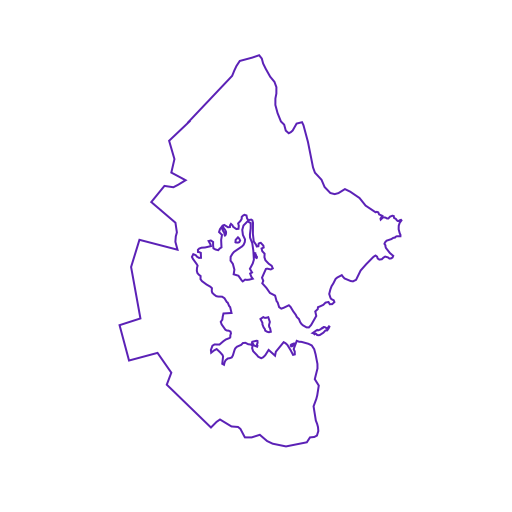 Sandakan, Sabah, Malaysia, rotated 75°
{"feature_id": "92858781B38281907433738", "entity_name": "Sandakan", "entity_type": "district", "adm_level": 2, "iso_a3": "MYS", "parent_name": "Malaysia", "parent_adm1": "Sabah", "projection": "albers", "projection_center": [118.031, 5.791], "detail": "fine", "context": "isolated", "style": "outline", "palette": "violet", "viewbox_px": 512, "rotation_deg": 75, "n_neighbors": 0, "source": "geoboundaries", "source_scale": "gbopen_adm2", "svg_char_len": 6161}
<svg xmlns="http://www.w3.org/2000/svg" viewBox="0 0 512 512"><g transform="rotate(75 256 256)"><path d="M449.1,255.1L445.2,250.8L445.9,246.5L445.2,243.6L441.2,241.1L437.3,240.4L434.0,240.4L430.4,240.8L416.1,239.3L409.6,234.7L406.4,232.9L397.4,228.9L390.2,231.1L380.5,225.7L376.2,224.6L366.5,223.9L361.1,223.9L356.8,225.3L354.3,228.2L350.7,234.3L350.0,236.5L348.5,238.6L355.7,243.7L358.2,243.3L361.1,244.0L361.1,245.8L356.1,246.9L350.0,248.7L347.8,250.1L346.4,251.6L353.6,261.6L357.2,263.4L350.0,268.1L354.3,272.8L355.7,275.3L356.1,277.4L353.9,279.9L352.1,280.7L347.2,283.4L344.0,283.6L341.7,282.5L340.1,284.1L339.2,286.4L337.1,288.7L336.7,291.2L338.0,293.3L338.7,297.9L339.9,300.0L341.3,301.1L346.1,304.1L347.7,305.7L347.9,307.8L347.7,309.8L348.9,312.4L350.5,313.8L352.8,315.1L351.4,316.5L344.5,313.8L342.9,314.0L339.7,315.6L335.7,318.1L336.4,321.1L337.8,324.3L335.1,323.9L331.4,321.3L330.7,319.0L332.1,314.2L329.8,309.4L328.8,306.6L328.4,302.7L327.7,301.8L325.9,301.3L324.2,300.2L322.4,300.2L321.0,301.8L320.6,303.2L319.4,304.6L313.2,306.9L310.5,307.1L308.8,305.0L306.1,303.9L303.1,302.3L304.7,294.4L298.7,294.2L297.3,294.9L293.7,295.4L293.0,296.1L288.6,297.4L286.5,299.3L285.4,303.0L284.5,304.8L282.2,306.6L280.1,307.8L278.3,307.8L275.7,306.9L273.9,308.0L270.7,311.2L266.3,314.7L264.0,315.6L261.0,314.7L259.2,316.1L257.3,317.0L255.0,317.0L252.3,316.1L250.2,314.9L248.4,315.4L242.4,317.7L240.3,318.1L238.0,316.1L239.6,314.0L241.5,313.1L243.1,311.5L243.5,309.6L238.7,308.5L237.6,309.8L237.1,311.0L235.0,310.5L234.1,308.9L233.9,306.4L234.6,303.0L234.8,297.0L233.0,297.0L229.3,297.9L229.3,295.6L231.4,293.8L234.6,294.7L237.6,295.1L239.2,293.5L240.6,291.0L239.4,289.2L238.7,287.1L231.4,285.5L226.8,283.4L223.3,285.5L220.8,283.9L218.0,280.4L217.8,278.6L221.0,275.6L221.3,273.7L219.6,273.1L218.5,271.9L220.3,270.8L221.9,270.5L224.9,268.0L225.2,265.9L222.4,264.8L219.9,264.8L218.0,261.8L216.4,260.2L214.6,259.7L213.7,258.3L213.2,256.5L214.4,254.7L217.3,254.9L219.4,254.2L219.6,251.2L220.6,250.3L223.1,250.3L233.9,253.3L241.3,254.4L244.9,253.1L247.0,252.8L247.2,251.2L244.9,250.3L244.5,249.6L244.5,248.0L247.9,246.2L249.8,246.4L250.2,248.7L253.0,248.7L256.0,247.1L259.4,248.2L262.6,248.0L266.8,245.7L269.5,243.4L272.3,243.0L272.8,245.2L271.1,248.5L271.1,249.8L278.5,255.8L281.9,255.4L284.0,257.0L289.5,254.2L295.3,252.1L299.2,247.8L304.9,247.8L306.5,247.1L311.4,246.9L313.4,245.2L313.2,242.7L312.1,237.0L314.1,235.8L319.0,234.4L323.1,232.8L325.4,232.4L328.1,230.8L331.1,230.5L333.2,229.8L335.0,228.7L338.0,225.7L338.7,223.4L336.9,220.6L329.5,213.3L324.9,213.1L323.3,210.1L321.5,209.4L321.2,206.9L320.6,203.6L319.0,200.9L319.2,197.9L321.7,197.2L322.2,194.9L320.8,192.2L318.9,192.4L317.1,194.4L315.7,194.9L311.6,195.1L307.5,192.8L304.7,190.8L302.6,188.5L298.7,185.0L297.8,183.0L296.7,178.1L298.5,177.4L300.6,176.3L304.7,171.0L305.6,168.9L304.9,165.5L297.1,158.7L292.4,151.6L287.4,143.1L286.8,141.6L286.5,140.4L288.0,139.2L289.9,139.1L291.4,137.8L291.7,135.3L290.6,133.4L290.0,131.4L291.5,128.9L293.0,127.8L293.3,126.2L292.8,124.5L291.4,123.4L287.8,125.9L281.9,128.4L280.5,128.5L279.2,128.2L277.5,128.8L276.2,127.8L275.0,125.9L274.7,120.9L274.0,118.7L274.2,117.0L273.6,116.2L273.4,114.8L274.3,111.4L273.1,111.0L271.1,111.3L267.1,111.3L263.7,110.3L261.1,108.6L259.3,106.3L258.6,106.6L258.7,108.2L259.2,108.9L258.9,110.0L258.0,110.7L256.4,111.3L254.9,112.8L253.1,112.6L252.4,113.8L252.7,116.4L254.0,118.4L253.7,119.7L252.4,121.0L251.5,123.1L253.1,126.1L252.2,126.1L249.9,123.6L247.7,126.3L245.5,126.6L244.6,127.9L244.7,129.2L235.7,137.1L226.8,141.0L218.3,148.3L214.4,152.8L216.6,160.1L216.6,164.0L214.4,167.9L207.1,171.9L199.3,173.0L190.8,177.5L185.2,178.0L159.4,176.3L142.0,176.3L138.7,176.9L138.6,182.5L144.3,188.1L145.4,190.3L145.9,192.6L142.6,194.8L136.4,194.8L132.5,197.1L123.5,198.2L115.1,198.2L108.9,196.5L104.4,194.3L98.2,192.6L92.6,193.1L86.5,195.9L77.5,198.2L71.9,199.3L66.8,199.3L62.9,201.0L63.4,208.3L63.4,221.2L67.4,225.7L71.3,229.0L75.8,232.4L108.9,286.3L109.1,285.9L122.2,310.1L141.3,309.7L153.5,316.2L164.6,304.4L167.1,313.0L168.2,318.0L164.6,326.3L176.8,343.2L203.0,325.2L212.7,326.3L216.3,328.4L221.4,330.2L229.6,330.2L210.2,364.4L234.3,379.5L286.4,383.8L287.5,405.7L324.1,405.7L324.1,376.2L346.8,368.0L357.2,375.5L410.0,343.9L406.0,337.0L404.6,333.1L414.3,323.8L416.5,317.6L419.0,315.8L428.3,313.7L430.1,307.2L429.7,298.6L437.6,293.2L441.6,288.5L447.7,276.3L449.1,255.1ZM233.7,256.3L227.9,254.0L222.9,252.6L220.3,255.1L223.3,260.2L227.2,262.5L232.3,263.2L237.1,262.3L239.6,263.2L241.9,265.0L243.1,266.9L246.3,276.1L247.5,277.9L250.2,280.7L253.9,281.8L257.6,280.4L263.6,280.4L267.9,282.3L270.5,278.1L276.0,276.1L277.1,275.4L276.0,272.6L276.7,271.0L277.1,268.7L277.1,265.0L274.8,265.9L271.4,266.2L270.9,264.1L266.8,265.2L262.4,261.1L259.0,259.0L250.2,257.2L242.6,256.3L236.7,257.0L233.7,256.3ZM326.1,261.3L323.3,259.7L318.3,260.0L318.3,262.5L317.8,263.9L316.9,264.8L318.0,268.0L322.2,267.1L323.8,267.5L327.0,267.1L328.8,266.4L330.5,266.4L332.1,264.8L333.0,263.2L333.0,261.3L329.3,261.1L327.9,261.6L326.1,261.3ZM345.1,221.2L345.6,220.4L346.8,219.7L346.4,218.5L347.0,217.9L348.2,217.4L348.8,215.8L348.8,214.7L347.5,210.7L346.0,208.4L345.9,207.5L346.2,207.1L346.3,206.5L344.7,204.6L343.3,203.4L342.9,203.7L343.4,204.2L344.2,206.3L342.5,208.0L342.1,209.1L342.4,209.8L342.9,210.1L343.0,210.6L342.7,210.9L343.6,212.8L343.7,213.8L343.9,215.3L343.7,215.8L343.3,216.0L343.4,216.6L345.1,221.2ZM340.2,276.9L338.4,276.6L338.0,277.4L337.9,281.8L338.9,282.4L340.1,281.6L341.8,281.2L343.9,278.4L343.0,277.8L341.7,278.0L340.2,276.9ZM237.8,271.9L238.4,269.9L238.3,268.6L237.0,267.3L234.9,267.7L233.3,268.6L235.2,271.5L237.4,272.3L237.8,271.9ZM227.9,280.1L226.9,279.3L225.5,278.8L224.7,278.7L222.8,279.1L220.3,280.1L218.9,280.3L218.8,280.9L219.2,281.4L220.8,281.7L223.7,281.2L225.2,280.6L227.6,280.9L228.2,280.7L227.9,280.1ZM351.7,245.7L352.4,245.4L352.5,244.3L351.3,242.1L350.6,241.4L350.3,241.8L350.6,244.7L351.0,245.5L351.7,245.7ZM257.4,256.6L258.1,255.9L257.9,255.6L257.0,255.3L256.0,255.8L254.6,255.8L253.5,256.2L253.1,256.0L252.9,256.3L253.1,256.9L253.7,257.2L254.7,256.8L255.7,257.1L256.3,256.7L257.4,256.6Z" fill="none" stroke="#5b21b6" stroke-width="2"/></g></svg>